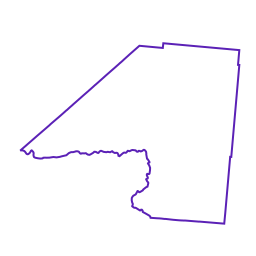 outline of Clark, Nevada, United States of America, rotated 95°
{"feature_id": "52423323B18852235556590", "entity_name": "Clark", "entity_type": "district", "adm_level": 2, "iso_a3": "USA", "parent_name": "United States of America", "parent_adm1": "Nevada", "projection": "robinson", "projection_center": [-114.639, 35.928], "detail": "fine", "context": "isolated", "style": "outline", "palette": "violet", "viewbox_px": 256, "rotation_deg": 95, "n_neighbors": 0, "source": "geoboundaries", "source_scale": "gbopen_adm2", "svg_char_len": 3021}
<svg xmlns="http://www.w3.org/2000/svg" viewBox="0 0 256 256"><g transform="rotate(95 128 128)"><path d="M214.9,23.8L204.1,23.7L147.8,23.7L147.8,22.6L55.5,22.6L55.5,23.9L40.7,23.9L40.5,100.2L45.2,100.3L45.2,105.9L45.1,123.8L54.1,132.4L59.9,137.8L61.8,139.5L63.8,141.4L63.8,141.5L65.7,143.2L65.9,143.4L77.7,154.7L86.0,162.5L86.7,163.2L86.8,163.3L87.8,164.2L88.0,164.5L90.4,166.7L96.3,172.3L99.4,175.3L109.9,185.3L110.0,185.3L111.2,186.5L111.3,186.6L113.2,188.4L115.4,190.4L115.8,190.9L121.0,195.8L130.6,205.2L132.2,206.6L143.6,217.7L159.9,233.4L159.6,232.6L159.5,231.3L159.6,230.4L160.0,229.3L160.6,228.5L162.5,226.9L162.8,226.3L162.9,225.8L162.7,225.1L161.9,224.2L161.0,223.5L159.1,222.6L158.7,222.0L158.9,221.6L160.3,220.2L161.2,219.8L163.2,219.8L164.3,219.5L165.2,219.0L165.7,217.8L166.0,215.1L166.1,212.7L165.8,210.8L165.5,210.2L165.0,209.8L164.7,207.4L164.7,206.5L164.4,203.8L163.4,199.8L163.5,196.6L162.7,193.4L162.0,191.6L160.5,187.0L158.2,184.8L157.2,183.0L157.0,182.4L156.8,180.5L156.2,178.8L155.8,177.9L155.6,176.7L155.8,175.2L156.1,174.7L157.1,173.9L157.6,173.2L157.7,172.8L157.7,172.6L157.4,172.2L157.2,171.5L157.1,169.4L156.8,167.9L156.9,167.5L157.5,166.7L158.0,165.6L158.1,164.1L157.6,163.1L155.8,160.6L154.6,159.5L154.6,157.9L155.3,156.4L155.5,155.6L155.2,155.1L154.2,154.5L153.5,153.8L153.1,153.0L153.1,152.6L153.9,150.1L154.0,147.5L153.5,146.1L153.7,143.7L152.5,141.8L152.7,141.4L153.3,140.9L154.0,139.1L154.0,138.7L153.7,137.6L153.7,137.0L153.9,136.3L155.3,135.3L156.5,135.1L156.8,134.0L153.6,130.9L152.8,129.7L152.9,128.0L152.2,127.2L150.9,126.4L150.7,126.1L151.0,124.7L150.8,124.1L149.8,122.5L149.5,121.5L149.6,119.0L149.6,118.6L149.8,118.2L150.1,117.9L150.7,117.3L150.8,116.6L150.8,116.2L150.4,115.7L149.9,115.5L149.8,115.1L149.8,114.8L149.8,114.2L150.2,113.6L150.2,113.1L149.8,112.3L149.5,111.7L148.5,110.7L148.4,110.5L148.4,109.8L148.6,109.4L149.2,108.7L150.2,107.9L152.0,107.5L152.7,107.5L156.8,106.4L157.2,106.1L157.4,105.6L160.1,103.6L160.5,103.7L161.0,104.7L161.5,105.0L162.3,104.5L163.4,103.6L165.8,102.5L168.2,102.4L171.5,102.6L171.9,102.9L172.1,103.2L172.1,103.5L172.1,104.1L172.0,104.4L172.0,104.8L172.2,105.0L172.4,105.1L172.9,105.2L173.8,105.0L175.4,104.0L176.0,103.9L176.5,104.0L177.0,104.9L177.4,105.4L177.6,105.4L179.5,104.2L180.4,103.2L180.9,103.0L181.5,103.0L184.7,103.5L185.5,104.9L188.0,107.5L188.8,107.8L190.7,110.4L191.0,111.2L190.8,111.6L190.2,112.2L190.0,112.6L190.0,113.0L193.4,114.5L194.3,115.7L194.7,116.4L195.0,116.8L196.0,117.5L197.3,118.1L197.8,118.1L199.7,118.0L201.7,117.4L203.2,116.6L204.2,116.6L205.3,117.0L205.6,117.0L205.9,116.6L206.8,115.1L206.9,114.4L206.8,113.7L207.0,113.0L209.1,108.9L209.1,108.7L208.8,108.3L208.2,107.8L208.2,107.6L208.2,107.1L208.5,106.7L209.4,106.1L210.1,106.1L210.4,105.9L211.5,103.3L213.4,99.2L214.2,98.2L215.5,97.7L215.4,91.8L215.4,91.2L215.3,89.1L215.3,86.8L215.4,83.8L215.3,82.7L215.5,75.2L215.5,69.3L215.4,65.9L215.2,62.8L215.1,49.0L215.0,48.6L215.0,45.0L214.9,23.8L214.9,23.8Z" fill="none" stroke="#5b21b6" stroke-width="2"/></g></svg>